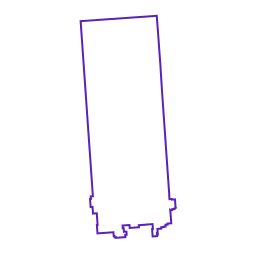 the district of Laverton, Western Australia, Australia, rotated 266°
{"feature_id": "25037944B80817080024086", "entity_name": "Laverton", "entity_type": "district", "adm_level": 2, "iso_a3": "AUS", "parent_name": "Australia", "parent_adm1": "Western Australia", "projection": "mercator", "projection_center": [123.06, -27.938], "detail": "fine", "context": "isolated", "style": "outline", "palette": "violet", "viewbox_px": 256, "rotation_deg": 266, "n_neighbors": 0, "source": "geoboundaries", "source_scale": "gbopen_adm2", "svg_char_len": 3220}
<svg xmlns="http://www.w3.org/2000/svg" viewBox="0 0 256 256"><g transform="rotate(266 128 128)"><path d="M237.9,88.2L226.1,88.2L218.1,88.2L183.3,88.2L162.8,88.2L142.2,88.2L120.2,88.2L110.2,88.2L109.6,88.2L109.3,88.2L108.8,88.2L108.4,88.2L108.1,88.2L107.6,88.2L107.4,88.2L106.8,88.2L106.5,88.2L106.0,88.2L105.4,88.2L105.0,88.2L104.7,88.2L104.4,88.2L103.9,88.2L103.7,88.2L103.2,88.2L102.6,88.2L102.3,88.2L101.9,88.2L101.6,88.2L101.1,88.2L100.5,88.2L100.3,88.2L99.8,88.2L99.4,88.2L99.1,88.2L98.6,88.2L98.3,88.2L97.9,88.2L97.6,88.2L97.1,88.2L96.9,88.2L96.3,88.2L95.7,88.2L95.4,88.2L94.9,88.2L94.6,88.2L94.2,88.2L93.7,88.2L93.2,88.2L92.7,88.2L92.1,88.2L91.8,88.2L91.4,88.2L91.1,88.2L90.6,88.2L90.1,88.2L89.8,88.2L89.3,88.2L88.9,88.2L88.6,88.2L88.0,88.2L87.4,88.2L86.8,88.2L86.2,88.2L85.6,88.2L85.0,88.2L84.7,88.2L84.3,88.2L83.7,88.2L83.1,88.2L82.4,88.2L81.8,88.2L81.2,88.2L80.7,88.2L80.1,88.2L79.6,88.2L79.0,88.2L78.4,88.2L77.6,88.2L77.2,88.2L76.7,88.2L76.4,88.2L76.0,88.2L75.6,88.2L75.3,88.2L75.0,88.2L74.5,88.2L74.1,88.2L73.6,88.2L73.2,88.2L72.9,88.2L72.6,88.2L72.2,88.2L71.9,88.2L71.4,88.2L71.0,88.2L70.7,88.2L70.4,88.2L69.9,88.2L69.5,88.2L69.2,88.2L68.8,88.2L68.5,88.2L68.0,88.2L67.7,88.2L67.3,88.2L66.8,88.2L66.4,88.2L66.1,88.2L65.7,88.2L65.1,88.2L64.7,88.2L64.2,88.2L63.8,88.2L63.2,88.2L62.8,88.2L62.4,88.2L62.4,86.1L62.1,86.1L61.6,86.1L61.1,86.1L60.5,86.1L59.9,86.1L59.9,85.2L59.5,85.2L59.1,85.2L58.8,85.2L58.4,85.2L58.0,85.2L57.5,85.2L57.0,85.2L56.7,85.2L56.2,85.2L55.8,85.2L55.4,85.2L54.9,85.2L54.6,85.2L51.8,85.2L51.8,87.1L45.1,87.1L45.1,90.9L33.4,90.9L33.4,90.2L25.0,90.2L25.0,106.2L21.2,106.2L21.2,107.0L19.8,107.0L19.8,108.4L19.3,108.4L19.3,111.4L19.3,117.8L19.5,117.8L21.1,117.8L21.6,117.8L21.6,119.2L22.0,119.2L22.5,119.2L22.8,119.2L23.2,119.2L23.5,119.2L24.0,119.2L24.4,119.2L24.8,119.2L24.8,117.8L24.8,116.7L25.0,116.7L28.4,116.7L28.4,115.7L30.1,115.8L31.1,115.8L31.1,122.7L28.2,122.7L28.2,132.0L30.3,132.0L30.3,138.8L30.4,139.3L30.4,140.4L30.4,140.7L30.4,141.3L30.4,141.7L30.4,142.2L30.4,143.2L30.4,145.8L27.9,145.8L27.2,145.8L26.7,145.8L26.2,145.8L25.5,145.8L25.5,145.0L20.0,145.0L18.1,145.0L18.1,149.4L19.5,149.4L19.5,150.3L20.0,150.3L20.0,149.6L21.4,149.6L21.4,150.3L25.3,150.3L25.3,154.2L26.7,154.2L26.7,156.7L27.1,156.7L27.1,158.7L27.9,158.7L28.9,158.7L28.8,160.7L29.9,160.7L29.9,163.3L29.9,164.5L30.5,164.5L33.0,164.5L37.2,164.5L38.1,164.5L43.0,164.4L42.9,164.5L43.0,164.5L43.3,164.9L43.4,165.0L43.5,165.4L43.4,165.7L43.5,165.8L43.5,166.0L43.3,166.0L43.4,166.3L43.3,166.2L43.2,166.2L43.1,166.3L43.3,166.5L43.5,166.5L43.6,166.4L43.6,166.2L43.7,166.3L43.7,166.5L43.8,166.6L43.9,166.3L43.8,166.2L43.9,166.3L44.0,166.5L43.9,166.7L43.5,166.7L43.4,166.7L43.4,166.8L43.5,166.9L43.5,167.0L43.7,167.3L43.9,167.5L44.0,167.9L44.0,168.0L44.0,168.3L44.2,168.2L44.3,168.2L44.3,168.3L44.2,168.4L44.1,168.5L44.3,168.7L44.4,168.8L44.3,169.0L44.5,169.3L44.8,169.5L45.0,169.8L45.1,170.1L45.2,170.3L45.2,170.5L45.4,170.6L45.5,170.8L45.5,169.9L53.5,169.9L53.5,166.8L54.1,166.8L54.1,164.4L57.6,164.4L57.6,164.5L64.6,164.5L75.8,164.5L91.0,164.5L114.4,164.5L122.9,164.5L141.6,164.5L160.1,164.5L163.7,164.5L189.2,164.7L223.1,164.6L237.9,164.5L237.9,133.7L237.9,88.2Z" fill="none" stroke="#5b21b6" stroke-width="2"/></g></svg>